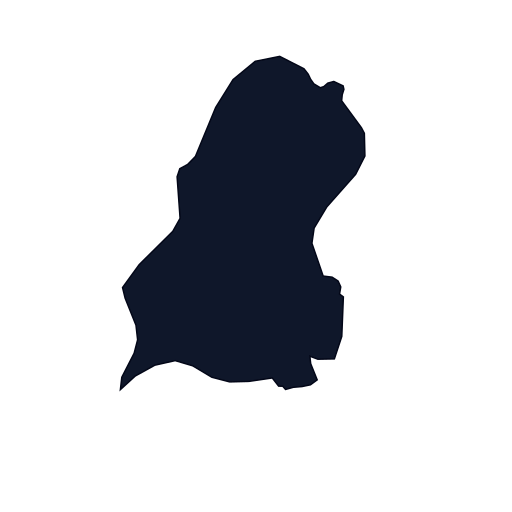 an SVG outline of Bataan, rotated 217°
{"feature_id": "PHL-2555", "entity_name": "Bataan", "entity_type": "Province", "adm_level": 1, "iso_a3": "PHL", "parent_name": "Philippines", "parent_adm1": "", "projection": "albers", "projection_center": [120.419, 14.681], "detail": "fine", "context": "isolated", "style": "filled", "palette": "ink", "viewbox_px": 512, "rotation_deg": 217, "n_neighbors": 0, "source": "natural_earth", "source_scale": "10m", "svg_char_len": 936}
<svg xmlns="http://www.w3.org/2000/svg" viewBox="0 0 512 512"><g transform="rotate(217 256 256)"><path d="M343.6,150.5L344.1,178.9L337.3,225.6L339.3,240.4L366.7,271.8L369.4,279.9L365.7,288.0L364.3,299.1L377.6,350.4L380.5,383.1L373.8,411.0L357.2,429.7L330.3,434.4L323.7,432.6L318.7,430.0L313.4,428.3L305.9,429.1L303.8,432.1L302.7,437.3L298.9,442.2L288.8,444.3L286.1,442.0L284.2,436.7L281.0,431.5L249.0,421.9L243.3,419.2L229.2,401.4L225.6,381.2L229.0,337.9L226.4,313.3L219.0,299.8L190.3,280.4L182.5,284.9L175.3,285.4L169.7,282.3L166.4,275.9L161.6,275.9L139.1,243.4L131.5,221.0L144.5,210.8L152.7,208.4L147.5,202.9L132.6,193.9L135.0,185.9L140.7,179.4L147.2,173.6L152.1,167.2L156.3,168.1L159.6,165.7L169.6,168.4L186.2,151.6L201.3,139.6L218.3,132.6L240.5,130.2L257.6,123.8L271.1,107.9L280.2,87.5L283.9,67.7L290.2,78.4L294.8,105.0L300.1,117.8L310.2,128.5L335.2,143.6L343.6,150.5Z" fill="#0f172a" stroke="#020617" stroke-width="1.5"/></g></svg>